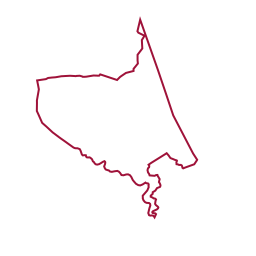 the district of Santa Cruz Acatepec, Oaxaca, Mexico, rotated 57°
{"feature_id": "50627088B90412613448643", "entity_name": "Santa Cruz Acatepec", "entity_type": "district", "adm_level": 2, "iso_a3": "MEX", "parent_name": "Mexico", "parent_adm1": "Oaxaca", "projection": "equal_earth", "projection_center": [-96.874, 18.158], "detail": "fine", "context": "isolated", "style": "outline", "palette": "rose", "viewbox_px": 256, "rotation_deg": 57, "n_neighbors": 0, "source": "geoboundaries", "source_scale": "gbopen_adm2", "svg_char_len": 2934}
<svg xmlns="http://www.w3.org/2000/svg" viewBox="0 0 256 256"><g transform="rotate(57 128 128)"><path d="M38.6,178.3L43.6,180.3L47.0,181.7L48.1,182.7L55.3,189.4L57.4,190.7L64.1,195.2L67.7,195.7L74.5,196.8L76.9,197.2L78.0,196.9L81.9,195.8L88.6,194.1L90.6,193.6L98.0,190.9L100.6,189.9L104.8,188.2L109.7,186.3L114.8,184.3L116.2,183.3L117.5,181.4L119.4,180.0L121.0,180.1L122.7,180.5L125.1,181.1L126.4,180.8L127.0,179.4L127.9,178.2L128.6,178.5L129.3,178.7L130.2,178.5L131.0,177.5L131.7,176.2L132.7,175.7L133.8,175.4L134.7,175.2L136.8,175.6L138.3,175.1L139.0,175.2L139.6,175.2L140.9,174.8L141.9,173.8L142.6,171.9L142.7,169.7L142.7,167.5L143.0,165.8L143.9,165.6L144.8,166.0L145.8,167.0L147.2,168.9L148.8,169.3L150.6,169.3L152.2,168.1L153.1,167.2L154.7,166.8L156.0,165.4L157.0,162.8L158.2,160.3L159.7,159.4L161.6,159.1L163.9,159.1L165.2,157.5L166.0,154.8L166.9,153.2L168.6,152.1L169.5,152.0L171.1,151.9L171.8,152.0L174.0,152.3L174.4,152.3L176.4,152.1L176.9,152.0L178.4,151.8L179.1,151.7L181.5,150.5L182.0,149.9L182.8,149.1L183.2,147.0L183.3,146.5L183.3,143.1L183.8,143.0L184.6,142.4L185.0,141.8L185.4,141.4L186.3,141.3L187.0,141.6L187.3,142.1L188.9,142.9L190.6,145.4L190.9,145.9L191.6,148.3L191.8,149.0L192.8,152.5L193.6,153.0L194.3,153.4L195.0,153.9L197.1,154.4L199.4,154.1L199.6,154.0L201.0,153.1L201.4,152.5L202.4,151.2L203.3,150.9L203.7,150.8L205.2,151.5L205.5,151.9L206.9,153.7L208.7,155.6L209.9,156.8L210.3,157.3L211.7,157.6L212.6,157.8L213.6,157.0L214.3,155.6L215.2,154.7L216.2,154.4L217.4,154.4L215.5,151.4L214.5,151.6L212.7,153.6L212.1,153.6L211.6,153.2L211.4,152.4L211.8,149.5L212.0,148.4L211.9,147.3L211.7,146.5L211.1,145.8L210.3,145.8L207.8,146.6L206.4,146.6L204.1,144.6L203.2,143.4L202.3,143.6L201.6,144.0L201.0,144.9L199.9,145.2L198.0,146.4L197.1,145.8L196.7,143.2L195.3,142.2L195.4,140.3L195.4,139.2L194.2,136.4L194.7,133.8L194.8,133.1L194.1,132.2L193.3,131.8L191.8,131.5L190.2,131.5L188.1,129.3L185.7,129.2L184.4,129.2L183.4,128.9L182.8,130.0L182.6,131.7L181.3,133.4L179.5,135.7L178.0,135.3L176.2,135.4L174.0,134.6L172.7,133.2L172.4,131.7L171.4,130.8L170.0,130.8L169.9,127.5L170.2,111.2L170.2,109.3L173.1,108.9L176.1,108.8L176.9,108.4L177.3,108.1L178.8,107.0L180.3,106.0L181.7,104.8L182.2,104.8L183.0,106.0L183.8,106.5L184.3,106.7L184.8,107.0L185.8,105.9L186.5,105.5L186.8,105.3L187.7,103.8L188.7,103.3L189.8,103.5L191.0,104.0L191.9,103.7L192.3,101.6L192.6,100.3L194.5,92.2L192.6,87.8L192.3,87.3L187.2,87.3L184.8,87.3L142.1,83.2L120.4,77.6L115.3,76.3L95.6,71.3L43.8,58.8L52.0,67.4L53.7,67.4L59.6,63.9L61.8,68.5L69.1,72.7L71.8,80.1L76.6,83.2L79.3,84.6L81.4,91.1L83.2,92.3L80.7,99.7L80.8,105.6L80.9,107.0L81.5,109.8L81.8,111.0L78.3,113.8L67.9,122.1L68.4,123.6L68.1,124.2L65.2,128.3L63.4,132.4L62.3,134.9L62.0,135.5L60.5,138.0L60.0,138.2L57.9,140.0L56.2,143.0L56.1,143.5L55.9,143.8L55.4,144.4L52.6,148.2L48.3,155.7L46.0,161.1L44.2,164.4L42.5,167.8L42.3,170.2L38.6,178.3Z" fill="none" stroke="#9f1239" stroke-width="2"/></g></svg>